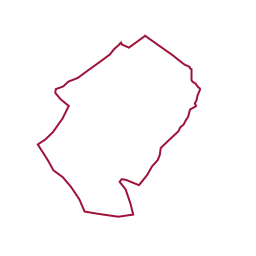 Al Lagowa, South Kordufan, Sudan, rotated 326°
{"feature_id": "16777658B4481857181861", "entity_name": "Al Lagowa", "entity_type": "district", "adm_level": 2, "iso_a3": "SDN", "parent_name": "Sudan", "parent_adm1": "South Kordufan", "projection": "mercator", "projection_center": [29.243, 11.301], "detail": "fine", "context": "isolated", "style": "outline", "palette": "rose", "viewbox_px": 256, "rotation_deg": 326, "n_neighbors": 0, "source": "geoboundaries", "source_scale": "gbopen_adm2", "svg_char_len": 1680}
<svg xmlns="http://www.w3.org/2000/svg" viewBox="0 0 256 256"><g transform="rotate(326 128 128)"><path d="M207.3,97.8L207.2,97.7L207.0,96.8L206.9,96.3L206.7,95.7L206.2,94.2L206.0,93.4L205.9,93.1L205.7,92.7L204.8,90.2L202.8,85.1L201.3,81.0L199.1,75.4L199.0,75.0L197.1,69.9L196.2,67.7L195.0,64.5L194.7,63.5L193.8,61.3L193.7,61.0L193.3,61.1L193.2,61.1L192.1,61.3L191.2,61.3L186.9,61.4L185.3,61.5L177.8,61.7L175.1,61.8L173.7,61.9L173.6,61.7L169.8,55.7L169.7,55.5L169.9,53.6L170.0,53.3L169.7,53.3L168.9,53.4L168.7,53.4L168.7,53.5L168.7,53.8L160.8,54.8L154.1,56.9L145.4,57.3L137.0,57.6L126.6,57.9L114.3,58.4L104.5,56.2L97.5,57.3L89.8,55.4L87.4,58.2L88.1,66.1L91.2,76.6L78.9,83.6L63.6,89.4L53.1,91.3L44.0,91.2L43.5,110.4L42.5,121.4L46.4,132.2L47.8,144.6L47.8,159.9L45.3,173.0L55.3,182.5L70.3,196.1L83.9,202.7L87.8,192.0L91.7,177.4L90.9,168.0L94.1,166.9L97.2,169.7L101.2,175.7L105.1,181.5L117.6,177.7L126.4,173.3L134.8,171.2L139.3,168.1L143.9,162.9L152.4,161.4L168.0,158.9L171.8,156.6L175.9,156.3L180.5,153.8L184.1,152.4L187.7,149.1L189.8,147.4L196.4,147.9L196.8,147.7L197.0,146.3L197.1,145.0L200.1,143.5L203.1,140.7L204.3,139.6L209.1,136.5L209.7,135.4L208.9,133.2L208.9,130.4L208.9,129.1L207.4,125.8L207.3,125.5L207.4,124.6L207.4,123.7L208.1,122.8L211.1,118.4L211.9,117.2L213.2,115.3L213.4,114.9L213.5,114.8L213.0,113.8L212.9,113.5L212.9,113.1L213.2,112.0L213.3,111.7L213.3,111.8L213.2,112.0L213.0,111.6L212.9,111.5L212.9,111.4L212.8,111.1L212.7,111.0L212.6,110.8L212.4,110.4L212.1,109.7L210.9,108.1L210.8,107.9L210.5,107.5L209.1,103.5L209.0,103.3L208.8,102.4L208.5,101.7L208.4,101.1L207.8,99.4L207.4,98.1L207.4,97.9L207.3,97.8Z" fill="none" stroke="#9f1239" stroke-width="2"/></g></svg>